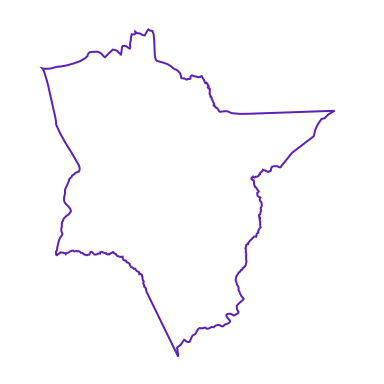 Thma Puok, Bântéay Méanchey, Cambodia (Robinson projection), rotated 178°
{"feature_id": "14789045B61404286718051", "entity_name": "Thma Puok", "entity_type": "district", "adm_level": 2, "iso_a3": "KHM", "parent_name": "Cambodia", "parent_adm1": "Bântéay Méanchey", "projection": "robinson", "projection_center": [103.024, 14.034], "detail": "fine", "context": "isolated", "style": "outline", "palette": "violet", "viewbox_px": 384, "rotation_deg": 178, "n_neighbors": 0, "source": "geoboundaries", "source_scale": "gbopen_adm2", "svg_char_len": 6070}
<svg xmlns="http://www.w3.org/2000/svg" viewBox="0 0 384 384"><g transform="rotate(178 192 192)"><path d="M325.4,264.0L321.8,255.4L317.6,247.1L310.5,234.6L303.9,222.2L303.4,219.7L303.7,217.5L304.6,216.1L305.3,216.2L307.8,215.2L308.9,214.0L311.4,212.4L311.9,211.1L314.1,209.4L314.6,207.6L315.7,205.0L318.7,199.0L318.9,197.8L318.9,195.5L320.1,190.6L320.1,187.9L319.7,186.3L319.0,185.1L314.5,180.0L313.7,177.4L313.9,176.4L316.3,173.7L318.2,172.6L320.7,170.3L321.5,169.3L321.8,168.0L322.7,166.8L323.3,164.1L323.3,161.5L323.9,160.2L324.0,157.8L323.6,156.5L323.0,155.0L323.1,154.0L325.5,150.7L326.7,148.1L328.7,140.9L328.9,139.3L329.4,137.9L330.0,137.1L330.1,135.6L330.0,134.2L329.3,133.6L328.8,133.8L328.0,134.6L327.2,135.1L326.3,135.3L325.7,136.2L324.7,136.2L322.8,135.8L322.0,135.3L321.0,135.3L320.3,134.3L319.6,135.3L317.2,135.9L315.7,136.9L314.4,137.4L313.3,137.6L312.7,137.5L312.2,136.9L311.2,136.7L309.7,137.1L308.4,136.7L307.1,136.8L306.2,136.3L305.1,135.1L304.0,135.0L303.0,134.5L302.4,133.5L299.3,132.5L298.5,132.9L296.8,133.0L295.6,135.4L294.8,135.8L294.1,135.5L291.7,132.9L290.5,132.8L289.1,133.1L287.7,133.8L286.2,133.5L285.8,134.9L284.7,135.4L284.0,135.3L282.9,134.6L280.4,133.8L279.8,133.8L279.5,133.5L279.6,133.0L278.4,132.5L277.0,132.6L276.9,133.1L276.3,133.0L273.2,134.7L272.6,134.6L272.2,133.7L271.1,133.0L270.5,132.8L268.9,130.6L268.4,130.6L266.8,129.9L265.3,129.6L263.6,129.8L263.5,128.0L263.0,127.2L263.0,126.8L262.2,126.1L260.3,125.6L260.3,125.1L259.9,124.8L259.9,124.2L259.2,123.8L258.4,123.6L256.9,122.5L256.9,121.9L255.7,119.4L255.2,118.9L254.5,118.8L253.4,118.1L252.7,117.2L251.6,117.4L251.2,117.1L250.8,115.9L250.1,115.1L247.6,113.6L247.6,112.9L247.7,112.3L247.6,111.7L246.3,111.9L245.7,111.3L245.0,111.0L244.9,109.9L244.4,108.7L244.5,106.8L244.1,105.6L243.7,105.1L243.7,104.6L243.3,104.0L244.0,102.6L242.9,100.1L243.0,98.9L241.9,98.0L241.4,97.1L241.5,96.1L240.7,93.4L211.6,28.0L211.5,30.4L211.9,32.0L212.0,35.2L212.5,36.5L211.7,37.6L208.6,39.7L205.1,44.5L204.5,44.5L203.2,43.1L201.8,42.4L200.4,42.2L199.3,42.7L197.8,46.3L197.0,47.7L195.7,49.0L194.5,49.5L193.3,50.5L191.1,54.2L190.0,55.3L188.7,55.8L188.1,55.4L187.6,55.4L185.5,55.5L184.4,56.0L183.6,56.1L182.1,54.9L181.3,54.8L179.8,55.1L176.9,56.5L175.7,56.1L174.9,56.3L172.8,57.8L171.7,58.1L169.6,58.1L168.1,57.5L167.1,56.7L166.4,56.6L165.6,56.8L163.9,58.3L161.8,58.9L160.0,59.7L158.8,60.7L158.5,61.4L158.6,62.2L160.8,64.9L161.9,66.9L162.0,67.9L161.5,68.5L159.8,69.1L158.2,69.0L156.5,68.4L154.5,67.1L153.9,67.2L150.0,69.5L149.8,69.9L149.7,70.6L151.1,73.2L151.3,76.5L150.1,78.1L145.6,81.8L144.1,83.4L146.0,86.0L146.9,87.5L147.5,88.8L148.0,90.6L149.0,92.4L148.8,93.8L148.9,95.4L150.1,97.7L151.4,102.1L151.4,103.2L151.1,103.8L151.0,105.1L150.4,106.5L149.7,107.3L149.3,108.2L148.6,108.8L148.3,109.8L146.8,110.7L145.8,112.3L144.9,112.4L144.3,113.0L144.0,113.7L144.1,114.1L142.0,115.3L141.8,116.0L141.4,116.1L140.8,117.4L139.9,121.1L140.4,123.0L140.2,123.5L140.3,125.4L139.9,126.2L140.1,126.7L139.9,128.5L140.3,129.4L140.4,130.0L140.2,130.9L140.3,131.6L140.2,133.2L140.6,133.8L140.3,134.9L139.7,136.0L139.8,136.6L139.6,137.2L139.3,137.6L138.9,137.8L137.9,137.8L137.6,138.1L137.7,139.0L135.6,141.5L133.9,142.8L133.1,144.0L132.6,144.2L131.5,145.3L130.3,145.3L129.5,145.0L129.1,145.8L129.0,147.1L128.7,148.1L127.1,149.0L127.4,149.9L127.3,150.5L126.9,150.8L126.7,151.9L125.6,153.3L124.9,153.8L124.7,154.2L125.1,156.5L124.9,159.8L125.5,162.7L125.0,162.8L125.0,163.5L124.8,164.0L125.7,164.6L125.9,166.4L125.7,166.8L124.7,167.3L124.2,169.5L123.5,170.9L123.9,172.8L123.8,173.8L122.7,175.8L122.8,178.1L123.0,179.2L124.5,181.2L124.6,181.8L124.5,182.4L123.8,183.8L124.0,184.2L125.9,185.2L126.4,185.6L126.6,186.1L126.9,187.9L126.9,188.7L125.8,189.4L125.3,190.3L126.9,192.5L127.4,193.8L127.7,194.2L128.7,194.6L128.9,195.0L128.8,195.6L129.4,196.3L129.7,197.4L129.6,199.2L129.9,200.6L129.8,201.3L131.6,202.3L132.2,203.2L131.8,204.3L131.2,204.4L130.4,205.3L129.3,204.3L128.7,204.4L127.6,205.1L126.0,205.1L125.2,205.6L124.1,207.0L123.5,207.2L123.7,208.2L122.8,209.1L121.8,209.6L120.3,211.8L119.7,211.3L117.9,210.9L115.4,209.4L114.7,209.4L114.0,210.1L112.6,210.4L111.7,213.7L111.0,214.5L108.5,215.0L107.2,214.8L106.2,214.9L103.7,213.6L103.0,213.6L102.2,214.1L100.8,216.0L90.4,227.9L68.4,243.5L66.8,249.4L65.3,252.7L63.4,256.0L60.0,260.5L56.9,261.1L53.4,264.5L46.7,268.2L132.4,268.2L141.4,268.4L149.5,269.4L153.7,271.4L156.2,271.6L160.7,271.2L161.8,271.3L163.3,274.0L164.4,275.3L164.9,275.2L166.6,277.5L167.3,277.5L167.4,278.0L166.7,278.5L166.7,278.9L166.9,279.7L168.0,281.7L168.2,282.9L169.0,284.2L169.2,286.0L169.5,286.4L169.8,286.2L170.3,286.6L170.2,287.6L171.0,289.4L171.0,290.1L170.9,291.0L170.6,291.5L170.7,293.2L170.5,293.7L170.7,294.7L171.8,294.9L171.9,295.3L172.3,295.6L172.6,296.1L172.3,296.6L171.7,296.3L171.6,297.3L172.5,298.3L172.4,298.7L173.2,299.9L173.1,300.2L173.8,300.8L174.4,300.4L174.9,300.4L175.3,301.1L175.7,302.7L176.1,303.1L176.2,303.7L177.4,305.7L178.3,307.5L179.2,307.3L180.0,306.7L181.5,306.4L188.1,308.5L188.9,308.1L189.4,307.3L189.7,305.3L190.7,305.0L192.1,305.1L193.3,304.5L195.7,305.7L198.5,306.1L198.9,306.9L198.9,308.0L199.8,311.2L201.7,313.4L203.4,314.8L205.1,315.4L206.3,316.2L208.4,318.3L212.5,320.9L217.4,322.7L222.4,324.2L223.5,325.4L224.1,327.6L224.4,330.1L224.5,345.2L224.8,350.6L225.8,354.2L228.7,355.0L230.0,356.0L231.4,354.2L233.8,350.1L236.1,350.6L237.8,352.0L239.8,352.5L241.5,352.6L243.1,354.2L243.1,352.3L244.1,351.6L246.4,351.5L246.7,351.7L247.6,348.5L247.8,346.0L248.7,343.0L248.7,338.5L249.2,337.5L250.3,338.1L252.8,340.1L254.4,340.4L256.2,340.3L256.8,339.4L258.1,331.9L258.6,331.9L259.1,333.0L260.5,334.0L261.2,335.1L262.5,336.0L264.1,336.6L266.1,337.1L272.8,331.2L274.2,329.7L275.4,330.5L277.5,333.1L279.3,334.6L281.6,335.5L287.9,335.5L289.7,335.0L290.6,334.1L291.5,332.5L291.7,331.5L294.5,329.1L295.9,328.6L299.0,326.8L300.9,326.1L306.7,324.4L313.7,322.7L320.0,321.9L322.3,321.9L328.3,320.5L331.3,320.2L335.5,320.3L337.3,320.8L336.7,320.1L335.8,317.9L333.5,309.8L332.1,303.7L325.9,270.8L325.5,267.9L325.4,264.0Z" fill="none" stroke="#5b21b6" stroke-width="2"/></g></svg>